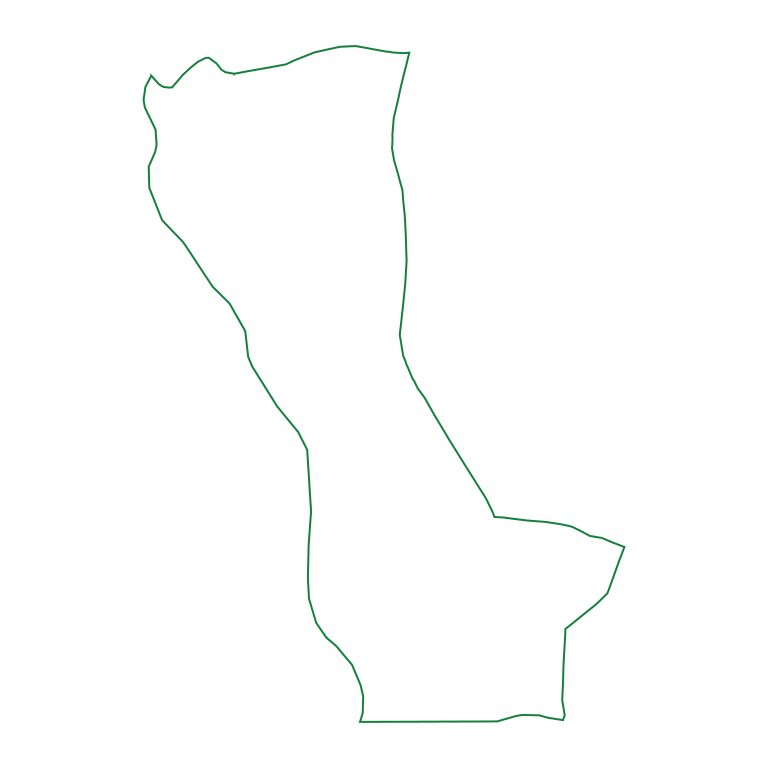 Kota Palangka Raya, Kalimantan Tengah, Indonesia
{"feature_id": "22746128B5087893857208", "entity_name": "Kota Palangka Raya", "entity_type": "district", "adm_level": 2, "iso_a3": "IDN", "parent_name": "Indonesia", "parent_adm1": "Kalimantan Tengah", "projection": "robinson", "projection_center": [113.758, -2.011], "detail": "fine", "context": "isolated", "style": "outline", "palette": "green", "viewbox_px": 768, "rotation_deg": 0, "n_neighbors": 0, "source": "geoboundaries", "source_scale": "gbopen_adm2", "svg_char_len": 4698}
<svg xmlns="http://www.w3.org/2000/svg" viewBox="0 0 768 768"><path d="M151.3,75.7L151.3,75.8L147.3,83.3L145.4,87.0L145.2,88.4L144.4,94.1L143.6,99.5L143.6,99.8L143.9,101.8L144.9,107.6L146.2,110.1L150.2,118.6L150.3,118.7L155.3,129.1L155.6,129.7L155.6,129.8L155.6,130.1L156.1,137.3L156.3,140.4L156.4,142.5L156.5,143.8L156.5,145.6L156.1,147.4L155.0,152.5L153.2,156.4L153.2,156.5L149.4,165.1L148.7,166.6L149.3,187.9L150.0,189.5L161.2,217.9L162.2,220.3L164.5,222.7L164.6,222.8L165.8,224.1L166.0,224.3L168.7,227.1L171.5,230.0L173.9,232.5L174.4,233.0L183.2,242.2L183.8,243.1L184.8,244.6L185.0,244.8L193.6,257.8L195.8,261.2L196.3,262.0L198.0,264.6L200.7,268.7L212.8,286.9L223.1,297.1L229.4,303.3L231.7,307.3L231.8,307.5L232.6,308.9L233.2,310.0L235.3,313.6L243.7,328.4L243.8,328.6L245.2,331.1L246.2,339.5L248.1,356.0L248.1,356.6L249.8,360.8L250.2,361.7L250.3,361.8L252.1,366.4L254.0,369.3L255.6,371.9L260.0,379.0L263.8,385.0L264.1,385.4L264.1,385.5L277.4,406.8L277.8,407.3L278.6,408.1L281.1,411.2L281.2,411.3L282.8,413.3L298.3,432.2L307.2,449.9L307.2,450.0L308.5,470.8L309.6,488.0L311.1,512.0L311.0,512.8L310.4,520.6L308.7,544.4L308.6,546.2L308.1,569.5L307.9,578.0L308.1,581.7L309.0,598.7L313.1,612.4L316.1,622.6L325.7,636.8L326.0,637.0L325.9,637.1L326.0,637.3L336.4,646.2L347.2,659.2L347.3,659.2L350.4,662.9L352.0,664.7L360.6,685.2L363.0,695.5L363.2,696.4L362.7,713.0L360.9,719.0L360.0,721.9L478.2,721.5L478.3,721.5L497.1,721.4L501.8,720.1L502.3,719.9L503.1,719.7L503.8,719.5L513.3,716.8L513.5,716.7L517.3,715.7L522.7,715.0L529.5,715.1L532.5,715.2L539.1,715.3L548.3,717.8L563.0,720.1L563.4,718.9L563.6,718.2L564.1,717.0L564.2,716.5L564.7,715.2L563.6,708.5L563.1,705.6L562.9,704.6L562.7,702.9L562.5,702.2L562.2,700.4L563.1,681.7L563.4,666.8L563.5,666.0L563.5,665.9L563.5,665.7L563.5,665.2L563.9,658.5L563.9,657.4L564.8,642.5L564.8,642.3L564.9,640.0L565.2,635.7L565.4,629.0L565.5,628.9L567.6,627.2L567.8,627.1L594.6,605.5L594.9,605.3L596.6,603.9L597.2,603.3L601.2,599.4L604.8,595.9L605.0,595.6L606.4,594.3L607.5,593.1L609.1,588.7L609.3,588.3L619.8,559.0L620.0,558.8L620.5,557.4L624.4,547.0L624.1,546.9L614.0,543.0L613.4,542.8L612.1,542.3L601.7,537.9L597.9,537.3L589.8,535.9L586.0,533.8L585.6,533.7L585.4,533.6L585.0,533.3L581.0,531.2L572.8,527.1L569.3,526.0L559.0,523.9L551.7,522.9L550.9,522.7L544.3,521.8L537.4,521.3L537.2,521.3L526.2,520.4L518.2,519.4L506.4,517.9L503.7,517.5L501.1,517.4L498.4,517.2L498.1,517.2L494.4,516.9L492.4,511.5L486.1,498.7L484.7,496.3L483.1,493.8L481.1,490.7L468.6,470.8L458.7,455.0L456.4,451.3L452.3,444.7L448.9,439.3L444.6,432.0L435.8,417.4L435.7,417.4L435.7,417.2L435.5,416.9L435.4,416.8L435.1,416.3L435.1,416.2L434.4,415.1L433.1,412.7L430.4,408.0L425.1,398.6L425.0,398.4L424.8,398.0L424.6,397.8L419.7,391.0L417.8,388.5L414.3,381.3L412.2,378.0L411.0,374.9L410.9,374.8L409.2,370.7L409.0,370.0L407.0,365.6L406.3,364.0L405.6,361.7L403.7,356.9L403.2,355.9L403.2,355.6L402.8,353.1L402.5,351.2L402.2,350.1L401.0,342.0L399.8,335.5L399.8,335.2L400.2,331.0L400.7,326.8L401.8,316.8L402.1,313.8L402.1,313.7L402.8,308.2L402.8,307.5L403.1,304.9L403.5,301.2L405.3,283.0L406.5,262.7L406.6,260.6L406.6,259.7L406.6,259.4L406.6,259.2L406.5,258.6L406.3,251.8L406.1,245.4L405.8,235.2L405.3,225.7L405.2,222.9L404.7,215.0L403.3,201.5L402.7,193.6L402.5,190.6L402.5,190.2L402.4,190.0L402.3,189.7L401.5,186.7L401.1,185.5L400.8,184.3L400.1,181.9L399.9,181.2L399.6,179.9L398.0,173.9L397.5,172.2L394.2,160.8L393.4,156.4L392.3,149.9L392.0,148.3L392.3,144.3L392.5,139.8L392.5,136.8L392.4,136.7L392.4,134.6L393.2,124.9L393.7,118.5L393.7,118.4L398.8,96.5L399.3,93.8L401.0,86.1L401.1,85.9L401.2,85.4L401.6,83.8L401.6,83.7L404.7,71.1L405.6,67.7L408.5,55.9L409.3,52.7L406.2,52.9L405.8,53.0L403.9,53.1L403.2,53.1L398.3,52.8L398.0,52.8L397.8,52.8L397.3,52.8L395.7,52.7L393.2,52.5L391.4,52.2L390.9,52.2L389.5,51.8L389.4,51.8L388.6,51.8L387.6,51.8L384.7,51.3L374.0,49.4L367.2,48.1L363.7,47.5L359.4,46.7L357.6,46.4L356.7,46.2L356.2,46.1L355.8,46.1L354.2,46.1L353.7,46.2L351.8,46.2L350.4,46.3L350.2,46.3L342.1,46.7L340.0,46.8L339.9,46.8L331.5,48.6L331.4,48.6L325.9,49.8L321.6,50.8L314.8,52.3L297.0,59.3L293.9,60.6L293.6,60.7L293.1,60.9L285.9,64.4L272.2,66.9L270.4,67.3L266.2,68.0L246.3,71.5L243.7,72.0L239.8,72.7L234.6,73.7L234.5,73.8L234.5,73.7L231.7,73.3L225.5,72.2L225.3,72.1L223.9,71.2L221.5,69.8L219.5,67.2L216.6,63.5L209.0,57.9L208.9,57.9L207.8,57.9L206.8,57.8L205.8,57.8L205.7,57.9L205.1,58.2L204.7,58.4L198.5,61.5L197.5,62.1L193.5,65.3L192.2,66.4L191.9,66.6L191.3,67.1L186.6,71.4L183.2,74.5L181.8,76.0L181.2,76.8L175.3,83.7L175.2,83.8L173.2,86.1L172.2,87.4L171.9,87.4L170.3,87.5L169.1,87.6L168.8,87.6L168.7,87.6L164.2,87.0L163.1,86.8L158.9,84.2L151.3,75.7Z" fill="none" stroke="#15803d" stroke-width="2"/></svg>